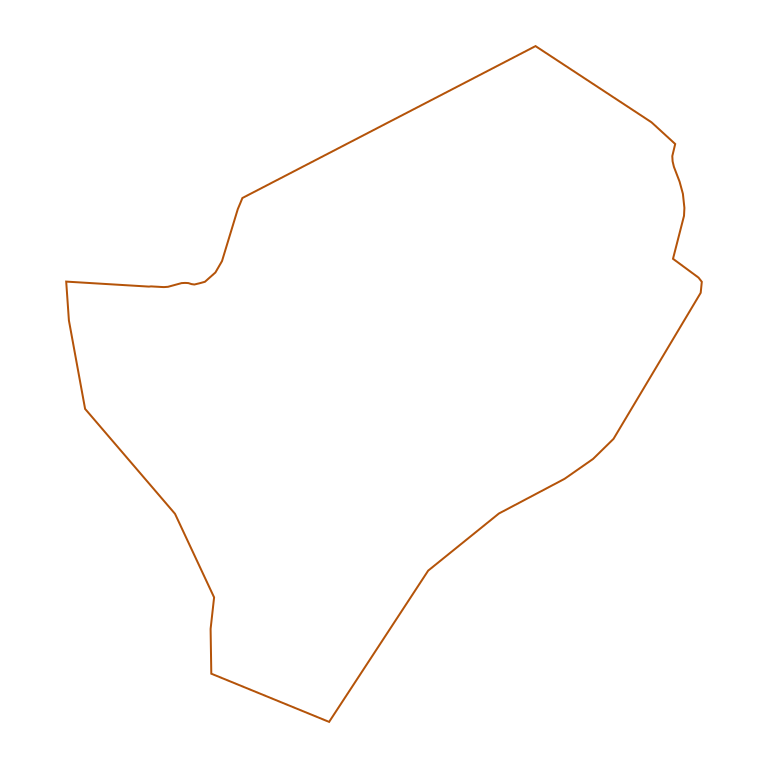 the Parish of Saint George
{"feature_id": "DMA-1434", "entity_name": "Saint George", "entity_type": "Parish", "adm_level": 1, "iso_a3": "DMA", "parent_name": "Dominica", "parent_adm1": "", "projection": "mercator", "projection_center": [-61.35, 15.3], "detail": "fine", "context": "isolated", "style": "outline", "palette": "amber", "viewbox_px": 768, "rotation_deg": 0, "n_neighbors": 0, "source": "natural_earth", "source_scale": "10m", "svg_char_len": 663}
<svg xmlns="http://www.w3.org/2000/svg" viewBox="0 0 768 768"><path d="M211.3,673.7L210.6,628.9L214.1,597.4L175.0,513.8L85.1,408.9L68.9,320.4L66.2,281.6L148.9,286.6L151.1,286.4L163.8,287.1L168.0,286.8L181.6,283.1L185.3,282.9L188.4,283.1L191.5,284.1L194.4,284.5L199.4,283.3L204.9,281.8L215.4,272.5L222.0,261.1L237.8,209.1L239.1,206.0L240.2,203.4L242.4,198.0L535.5,46.1L651.5,122.3L675.2,144.0L672.3,156.1L672.6,161.3L673.9,166.8L679.6,181.7L682.9,193.8L684.4,207.9L684.0,215.9L673.0,258.8L698.5,277.6L701.8,281.8L700.7,292.8L613.5,438.9L593.1,458.9L564.6,478.8L498.9,513.5L428.2,570.6L329.1,721.9L211.3,673.7Z" fill="none" stroke="#b45309" stroke-width="2"/></svg>